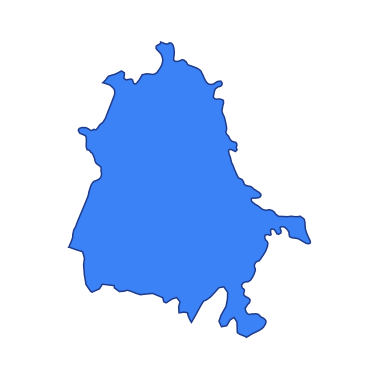 Byalynichy, Mogilev, Belarus, rotated 292°
{"feature_id": "67162791B99339401725810", "entity_name": "Byalynichy", "entity_type": "district", "adm_level": 2, "iso_a3": "BLR", "parent_name": "Belarus", "parent_adm1": "Mogilev", "projection": "albers", "projection_center": [29.744, 53.9], "detail": "fine", "context": "isolated", "style": "filled", "palette": "blue", "viewbox_px": 384, "rotation_deg": 292, "n_neighbors": 0, "source": "geoboundaries", "source_scale": "gbopen_adm2", "svg_char_len": 4773}
<svg xmlns="http://www.w3.org/2000/svg" viewBox="0 0 384 384"><g transform="rotate(292 192 192)"><path d="M259.9,68.4L260.1,69.9L260.3,73.0L260.4,75.9L259.0,79.7L258.0,81.5L256.0,82.8L253.6,83.7L249.9,83.8L245.9,83.9L233.6,84.0L227.9,84.1L223.5,83.4L220.3,81.6L218.0,80.9L215.4,80.4L213.6,79.6L213.3,77.4L211.5,76.1L211.2,74.7L211.8,71.9L211.9,69.5L210.5,65.7L208.6,63.6L206.6,63.4L204.5,65.9L204.4,69.6L204.4,71.8L203.2,73.4L200.6,74.6L197.4,75.8L194.4,76.9L191.9,78.9L192.2,81.2L190.9,83.3L190.9,84.4L190.0,85.7L188.5,87.3L186.5,89.1L184.9,90.2L183.2,91.6L182.4,93.2L182.0,94.9L181.6,96.7L180.7,98.5L179.6,99.0L177.7,99.6L176.4,100.5L174.4,101.6L171.3,101.9L169.1,101.0L166.8,99.0L165.4,97.3L163.3,96.3L160.2,95.9L156.7,96.1L153.2,96.4L150.7,97.0L147.1,97.2L135.9,97.1L121.7,96.9L116.6,97.1L112.5,96.6L108.0,97.4L105.7,98.2L103.8,98.5L100.2,98.6L96.2,98.5L94.7,98.4L94.8,98.6L95.1,105.9L95.6,113.0L90.3,117.1L83.8,118.8L75.0,123.2L66.5,128.4L62.0,135.1L61.7,136.9L62.4,137.5L67.6,142.5L72.9,143.4L74.3,148.4L76.0,154.9L74.0,156.0L72.5,161.9L74.5,166.0L76.8,169.0L77.1,173.7L77.1,177.8L77.4,182.5L80.6,188.4L83.2,193.5L83.2,197.6L83.1,204.4L79.6,207.0L79.6,209.6L85.2,213.5L88.4,217.3L85.7,222.0L80.7,222.6L75.1,225.2L77.7,229.7L78.3,233.2L75.9,234.7L72.7,237.9L70.9,240.3L79.4,241.5L90.0,242.7L95.1,243.6L97.7,246.0L101.5,248.4L107.4,250.7L113.3,252.8L116.0,257.0L112.4,262.6L106.2,264.9L98.8,266.4L88.5,265.1L82.3,265.4L78.1,269.8L81.0,274.3L87.5,275.2L91.4,277.9L88.4,282.3L83.3,284.6L78.6,286.7L78.0,289.6L78.0,296.4L77.6,296.8L79.5,298.3L82.7,300.6L85.3,303.0L87.0,304.5L88.9,306.2L91.5,308.0L93.3,308.9L97.4,309.6L100.0,309.0L101.2,307.4L101.8,305.3L101.9,302.8L102.6,301.4L103.4,299.7L103.1,297.1L102.1,295.0L101.1,292.7L99.8,291.0L100.0,289.0L100.8,287.5L102.4,285.9L104.6,284.7L105.8,285.3L108.3,285.6L110.5,286.6L112.0,286.7L113.9,286.2L114.6,284.8L114.9,283.5L115.1,281.5L115.6,278.9L117.3,277.9L120.1,277.6L121.1,277.0L121.6,275.9L121.9,274.4L124.3,272.8L126.7,273.4L128.7,275.2L129.8,277.6L132.0,279.2L135.2,280.0L139.0,280.3L143.1,280.1L144.7,279.3L146.1,277.8L148.7,277.1L150.7,277.5L152.6,278.9L153.2,279.9L155.2,280.6L158.0,281.2L160.3,281.7L164.5,282.4L167.4,282.4L169.4,282.4L171.6,281.9L173.2,281.4L174.3,280.1L175.3,278.0L177.2,276.3L179.6,276.0L181.0,278.4L181.1,280.6L182.1,281.3L184.0,280.1L185.9,279.1L187.7,279.9L188.0,282.3L187.0,284.0L185.0,286.4L185.2,288.1L187.4,289.8L189.5,289.1L190.6,287.8L192.2,286.9L193.5,288.3L194.1,290.9L193.4,293.0L192.7,294.7L191.2,296.8L189.0,298.0L187.5,298.9L186.9,300.1L187.2,302.6L187.8,304.8L188.5,308.1L188.0,311.4L187.6,313.9L187.2,317.1L187.5,319.0L188.5,320.6L189.8,320.6L191.2,319.7L192.2,318.5L193.6,316.9L196.0,314.5L198.1,312.6L200.6,310.7L202.4,309.8L206.3,308.0L208.8,306.2L209.4,304.3L209.7,302.7L210.1,301.4L208.9,299.6L207.6,296.5L206.8,293.3L204.9,289.9L203.3,285.3L201.9,281.4L202.8,277.9L204.1,276.1L204.9,273.3L204.5,270.1L202.7,267.6L202.3,264.1L202.9,261.7L203.7,259.2L204.5,254.3L205.6,250.9L207.2,249.7L208.5,249.7L209.6,251.8L210.2,253.4L211.9,256.2L213.4,257.2L214.6,257.2L215.7,256.7L216.7,254.6L217.2,251.8L217.9,248.2L218.7,246.1L219.1,244.5L218.6,242.0L218.3,239.9L218.7,237.6L220.8,235.9L222.3,233.8L222.5,229.7L225.0,226.9L229.0,222.8L232.3,219.7L234.3,217.5L238.2,214.8L241.0,212.3L242.5,211.2L244.2,210.3L245.8,211.1L246.1,213.2L245.9,214.9L245.8,217.1L248.0,218.0L249.6,216.5L250.4,216.2L252.0,216.2L253.5,215.4L254.4,214.0L254.1,212.0L254.1,209.4L255.4,207.2L257.4,205.0L258.6,202.5L260.0,201.0L262.6,200.7L264.4,200.1L267.6,198.1L269.4,196.9L271.7,195.3L273.8,193.7L275.1,192.2L276.5,190.8L278.1,189.6L280.0,188.9L281.2,188.8L283.4,188.2L285.8,188.1L288.7,186.8L288.9,184.9L288.4,182.1L287.3,180.2L286.9,178.3L288.0,176.2L289.7,175.8L292.2,175.3L294.2,175.0L296.3,175.0L299.2,176.7L300.7,178.9L302.4,179.6L304.2,179.2L305.6,177.3L304.6,175.1L303.2,173.5L300.4,171.7L299.0,169.9L298.2,167.0L299.4,163.9L302.2,160.6L304.8,158.0L307.7,154.6L308.6,151.3L308.7,147.7L308.6,144.7L308.4,140.3L310.4,138.0L311.3,135.2L311.0,133.3L309.8,132.2L308.0,130.3L306.9,127.8L307.3,125.6L310.4,124.5L312.0,124.2L315.1,123.2L317.4,122.0L319.7,120.5L321.2,119.2L322.3,116.9L321.7,115.0L320.4,114.4L319.4,112.2L319.4,109.8L319.3,106.8L319.1,106.9L317.2,106.9L315.7,105.4L313.8,104.2L311.8,104.8L310.7,106.4L309.5,109.4L308.3,111.6L305.7,114.1L302.7,115.8L298.2,116.4L293.7,115.8L291.2,115.1L289.6,114.8L287.4,113.2L286.3,111.7L285.4,108.1L284.4,105.2L283.2,103.7L282.1,101.9L280.5,101.7L278.3,101.4L275.9,101.0L272.6,100.1L270.9,99.1L270.7,97.6L271.9,96.3L273.6,94.9L274.0,93.4L272.5,90.8L271.2,88.8L272.0,86.2L273.9,85.7L276.3,85.1L277.2,84.6L277.8,81.2L274.7,78.7L271.9,76.0L269.7,73.1L268.2,71.3L266.4,70.6L263.7,70.0L259.9,68.4Z" fill="#3b82f6" stroke="#1e3a8a" stroke-width="1.5"/></g></svg>